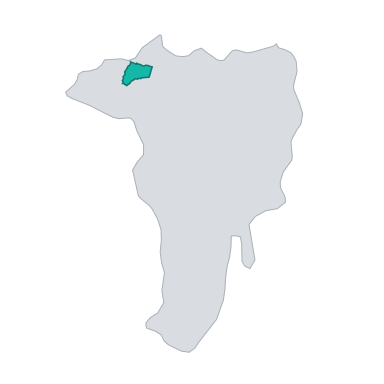 Duvergé, Independencia, Dominican Republic (highlighted), rotated 85°
{"feature_id": "3306468B24836928118485", "entity_name": "Duvergé", "entity_type": "district", "adm_level": 2, "iso_a3": "DOM", "parent_name": "Dominican Republic", "parent_adm1": "Independencia", "projection": "natural_earth1", "projection_center": [-71.582, 18.345], "detail": "fine", "context": "in_parent", "style": "filled", "palette": "teal", "viewbox_px": 384, "rotation_deg": 85, "n_neighbors": 0, "source": "geoboundaries", "source_scale": "gbopen_adm2", "svg_char_len": 4645}
<svg xmlns="http://www.w3.org/2000/svg" viewBox="0 0 384 384"><g transform="rotate(85 192 192)"><path d="M52.8,267.6L53.2,250.7L55.5,243.8L53.4,236.6L43.8,228.9L37.9,219.0L32.6,210.2L33.8,208.9L44.3,208.5L48.0,205.3L55.0,196.3L56.4,189.1L55.9,183.6L51.3,177.1L49.5,170.2L55.1,164.2L62.5,155.4L63.6,152.1L63.4,148.7L54.8,139.5L54.2,135.5L58.2,125.5L57.8,118.8L53.8,98.1L51.9,95.0L55.8,93.3L58.3,87.1L61.6,81.6L66.1,78.6L71.2,76.8L81.2,76.9L95.2,81.7L99.1,81.6L112.5,77.3L123.6,74.9L134.0,77.6L138.3,81.4L146.9,87.3L151.2,89.1L164.8,89.0L168.6,89.6L180.0,99.3L189.7,103.3L195.3,103.5L205.3,99.7L210.3,99.8L216.0,108.2L217.1,120.2L221.9,131.1L229.3,138.1L265.3,135.2L273.3,140.9L270.6,145.7L265.5,148.2L248.4,147.1L240.9,147.6L239.4,152.4L239.4,156.8L249.4,157.8L259.3,160.0L269.3,163.5L279.5,165.9L290.9,167.5L302.3,170.1L321.1,178.7L342.1,198.2L347.7,202.7L351.4,208.8L349.6,216.4L342.3,228.7L338.1,232.7L331.9,235.1L327.7,240.2L323.7,248.9L321.2,249.6L318.3,249.2L313.3,244.3L309.7,236.8L299.6,229.7L287.6,230.6L270.0,226.5L259.3,228.5L248.7,228.9L237.8,226.8L226.8,226.1L215.8,228.7L205.2,233.3L201.3,236.1L194.5,243.2L190.9,245.8L165.1,249.3L157.6,244.2L150.7,237.1L140.8,236.1L126.3,241.6L117.3,243.6L113.7,245.9L112.6,248.6L112.6,258.5L110.5,264.5L96.5,287.1L88.6,303.1L85.3,308.0L81.5,309.1L74.6,299.9L70.2,296.6L64.7,294.9L62.4,290.1L62.5,283.1L61.1,276.4L57.7,271.1L52.8,267.6Z" fill="#d9dde1" stroke="#a8b0b8" stroke-width="1"/><path d="M63.9,220.7L63.8,220.9L63.7,221.3L63.6,221.6L63.5,222.0L63.3,222.5L63.2,222.7L63.1,223.0L62.9,223.3L62.8,223.5L62.6,223.7L62.5,223.9L62.4,224.2L62.3,224.5L62.2,224.6L62.2,224.9L62.2,225.0L62.0,225.3L62.0,225.6L61.9,226.0L61.8,226.5L61.7,226.6L61.7,226.8L61.7,227.0L61.7,227.3L61.8,227.4L61.9,227.7L62.0,227.9L62.1,228.2L62.2,228.3L62.2,228.5L62.2,228.8L62.2,229.5L62.2,229.9L62.2,230.0L61.6,230.7L61.5,230.8L61.4,231.0L61.2,231.2L61.1,231.3L61.0,231.5L60.9,232.1L60.8,232.4L60.7,232.5L60.4,232.6L60.3,232.8L60.2,232.9L60.2,233.0L60.1,233.7L60.1,233.9L60.1,234.0L59.6,234.7L59.5,234.8L59.4,234.9L59.3,235.2L59.2,235.5L58.9,236.0L59.8,236.4L59.5,237.0L59.4,237.3L59.1,237.8L59.0,238.0L58.8,238.4L58.7,238.5L58.3,239.2L58.0,239.9L57.8,240.4L57.4,241.1L57.2,241.4L57.1,241.6L57.3,241.5L57.5,241.7L57.6,241.8L57.9,241.9L58.1,241.9L58.4,242.1L58.6,242.2L58.8,242.3L59.0,242.4L59.4,242.5L59.5,242.5L59.8,242.7L59.9,242.8L60.1,242.9L60.3,243.1L60.4,243.3L60.6,243.5L60.7,243.9L60.9,244.1L60.9,244.4L61.0,244.5L61.3,244.9L61.5,245.0L62.0,245.3L62.5,245.6L62.9,245.8L63.1,246.1L63.3,246.2L63.5,246.3L63.8,246.5L64.0,246.5L64.4,246.9L64.5,247.0L64.8,247.2L65.0,247.4L65.4,247.7L65.5,247.8L65.9,248.1L66.0,248.1L66.2,248.4L66.3,248.5L66.6,248.6L66.8,248.6L67.5,248.6L67.9,248.6L68.0,248.5L68.4,248.4L68.5,248.3L68.8,248.3L69.0,248.4L69.2,248.5L70.3,249.9L70.5,250.0L70.8,250.3L71.0,250.4L71.2,250.5L71.3,250.6L71.5,250.6L71.8,250.6L72.0,250.6L72.3,250.4L72.5,250.4L72.8,250.3L73.0,250.4L73.4,250.6L73.6,250.7L73.8,250.8L74.1,251.0L74.3,251.2L74.6,251.5L74.8,251.7L75.0,251.7L75.4,251.5L75.7,251.3L75.8,251.3L76.1,251.2L76.4,251.0L76.5,251.0L76.8,251.0L77.0,251.2L77.2,251.3L77.5,251.5L77.8,251.7L77.8,251.3L77.7,250.9L77.8,250.8L77.8,250.6L77.9,250.4L78.2,250.2L78.5,250.1L78.7,249.9L78.8,249.9L78.9,249.7L79.0,249.6L79.0,249.4L79.1,249.2L79.3,248.8L79.4,248.7L79.5,248.7L79.8,248.5L79.9,248.4L80.1,248.3L80.2,248.2L80.3,248.1L80.3,247.9L80.3,247.7L80.2,247.7L80.0,247.4L79.4,246.7L79.2,246.5L79.2,246.4L79.1,246.2L79.2,245.8L79.2,245.7L79.0,245.3L79.0,245.2L78.8,245.0L78.7,244.9L78.4,244.7L78.1,244.4L77.5,243.8L77.4,243.6L77.2,243.5L77.0,243.4L76.8,243.2L76.5,243.1L76.4,243.0L76.3,242.9L76.2,242.7L76.0,242.2L75.8,241.8L75.8,241.7L75.8,241.4L75.7,241.1L75.4,240.7L75.2,240.4L75.1,240.2L74.9,239.7L74.7,239.4L74.3,239.0L74.3,238.9L74.2,238.8L74.2,238.7L74.3,238.5L74.2,238.4L74.2,238.2L74.2,237.9L74.4,237.8L74.6,237.3L74.6,237.2L74.7,236.8L74.8,236.5L74.8,236.4L74.8,236.2L74.7,236.1L74.5,235.9L74.4,235.7L74.3,235.3L74.2,235.0L74.2,234.9L74.2,234.6L74.2,234.4L74.3,234.1L74.4,233.8L74.4,233.5L74.4,233.0L74.4,232.8L74.4,232.5L74.3,232.4L74.2,232.3L74.1,232.2L73.9,232.0L73.8,231.9L73.7,231.8L73.7,231.6L73.8,231.2L73.9,230.9L73.9,230.7L73.9,224.8L73.7,224.8L73.6,224.7L73.3,224.6L73.1,224.5L72.8,224.3L72.6,224.2L72.4,224.0L72.2,224.0L71.8,223.9L71.6,223.8L71.5,223.7L71.2,223.6L70.8,223.5L70.7,223.4L70.4,223.3L70.0,223.1L69.5,223.0L69.2,222.8L68.7,222.7L68.4,222.5L67.9,222.4L67.6,222.3L67.2,222.1L66.9,222.0L66.7,221.9L66.4,221.8L66.1,221.6L65.9,221.5L65.6,221.4L65.2,221.3L65.1,221.2L64.8,221.1L64.7,221.1L64.4,221.0L64.3,220.9L63.9,220.7Z" fill="#14b8a6" stroke="#0f766e" stroke-width="1.5"/></g></svg>